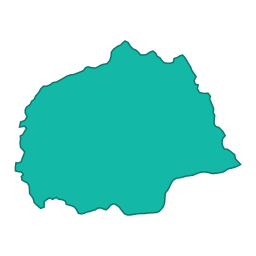 Santo Estêvão, Bahia, Brazil
{"feature_id": "56859067B59160361010932", "entity_name": "Santo Estêvão", "entity_type": "district", "adm_level": 2, "iso_a3": "BRA", "parent_name": "Brazil", "parent_adm1": "Bahia", "projection": "natural_earth1", "projection_center": [-39.267, -12.461], "detail": "fine", "context": "isolated", "style": "filled", "palette": "teal", "viewbox_px": 256, "rotation_deg": 0, "n_neighbors": 0, "source": "geoboundaries", "source_scale": "gbopen_adm2", "svg_char_len": 2369}
<svg xmlns="http://www.w3.org/2000/svg" viewBox="0 0 256 256"><path d="M152.9,51.0L148.9,52.7L146.9,54.4L144.2,55.0L140.6,54.9L138.2,52.1L135.7,49.9L132.9,48.9L130.2,46.1L128.1,42.5L125.0,41.0L122.9,42.7L120.6,45.1L117.6,46.3L113.5,49.3L111.3,52.4L111.2,56.0L109.8,60.5L107.0,63.7L103.1,64.4L100.1,65.5L97.5,67.1L95.1,68.1L91.4,67.7L88.1,66.8L85.6,67.7L83.2,70.8L73.6,74.6L71.0,74.8L67.2,76.0L61.5,79.3L56.6,82.0L52.9,82.6L49.9,84.9L46.7,86.2L43.5,86.2L40.9,88.7L39.5,91.2L37.5,94.1L35.6,96.0L34.5,99.1L31.6,101.3L30.3,104.4L26.6,107.1L25.3,109.5L25.2,112.9L27.2,116.7L24.7,120.6L20.6,121.9L19.5,127.1L24.6,126.2L26.6,128.4L25.0,130.7L22.8,134.6L20.2,136.1L20.6,139.0L20.0,142.9L20.6,147.4L24.7,151.9L23.5,155.4L22.4,158.0L21.2,161.6L18.4,163.1L16.0,162.7L15.4,166.4L15.4,170.9L18.7,171.7L21.5,172.0L23.4,174.7L21.3,176.4L22.0,180.1L24.9,181.7L27.5,182.9L29.2,186.1L29.5,190.2L29.6,193.6L31.5,196.0L33.1,198.5L34.3,202.7L37.8,206.0L40.7,208.4L44.1,207.1L44.1,201.7L46.8,199.6L49.6,197.9L52.7,199.3L56.2,197.4L59.0,199.3L62.5,199.7L65.2,201.0L66.4,204.4L70.1,205.3L73.8,206.5L76.6,209.6L78.4,213.3L81.3,213.9L84.0,213.3L87.2,211.9L89.9,211.5L92.6,210.5L95.2,209.9L97.5,208.2L101.0,207.9L103.7,209.1L106.2,209.8L108.7,207.6L110.3,205.4L113.7,203.7L115.9,204.6L119.4,207.2L121.8,210.5L124.5,213.8L127.4,215.0L131.0,214.9L135.2,214.1L139.3,213.6L144.6,213.5L148.0,213.0L150.5,212.9L153.8,212.7L157.0,212.4L159.5,211.1L161.8,208.6L163.4,206.4L164.5,203.0L164.9,198.3L165.3,193.2L168.1,189.5L169.8,186.2L171.4,182.7L173.5,180.0L176.2,178.3L181.3,177.5L186.3,176.1L190.1,175.6L193.0,175.2L196.5,173.7L200.3,172.3L204.4,171.9L207.8,172.4L212.7,173.6L218.0,173.0L221.6,172.4L224.3,171.4L228.0,168.9L232.4,167.9L235.3,167.0L238.0,165.9L240.6,164.4L238.1,161.7L235.6,159.1L234.5,154.5L232.4,153.0L230.4,151.3L227.8,149.4L224.3,149.0L222.4,145.4L222.0,142.0L222.6,138.7L225.2,135.7L222.8,131.4L218.9,127.5L215.7,126.4L214.1,124.2L214.2,119.8L214.7,115.3L213.3,112.9L213.6,108.6L212.4,105.5L210.9,101.8L209.6,99.1L210.4,96.4L208.0,93.2L203.8,93.5L199.3,92.4L197.3,88.7L198.2,84.8L195.4,84.3L194.0,80.7L196.1,76.7L193.3,72.6L191.6,70.0L190.7,67.2L189.2,64.8L187.4,61.8L185.0,57.7L182.5,55.0L180.0,55.8L177.3,57.5L174.1,58.5L173.3,62.3L170.9,63.1L168.0,63.4L164.1,62.7L161.5,60.1L160.0,57.8L157.2,56.3L155.8,53.3L152.9,51.0Z" fill="#14b8a6" stroke="#0f766e" stroke-width="1.5"/></svg>